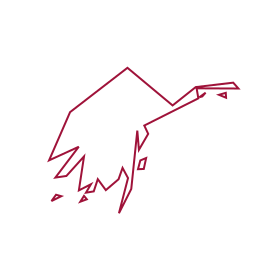 the State of Alaska, rotated 314°
{"feature_id": "USA-3563", "entity_name": "Alaska", "entity_type": "State", "adm_level": 1, "iso_a3": "USA", "parent_name": "United States of America", "parent_adm1": "", "projection": "natural_earth1", "projection_center": [-152.163, 61.314], "detail": "coarse", "context": "isolated", "style": "outline", "palette": "rose", "viewbox_px": 256, "rotation_deg": 314, "n_neighbors": 0, "source": "natural_earth", "source_scale": "10m", "svg_char_len": 742}
<svg xmlns="http://www.w3.org/2000/svg" viewBox="0 0 256 256"><g transform="rotate(314 128 128)"><path d="M170.9,85.8L175.2,144.4L204.5,148.3L233.7,172.2L233.1,180.0L204.2,149.8L198.2,158.0L141.1,138.0L137.8,146.6L119.9,151.0L132.6,136.5L86.4,172.7L60.4,180.7L92.0,162.8L95.5,151.8L84.6,156.8L67.9,155.2L70.2,141.8L58.6,147.4L52.3,142.7L61.8,140.4L49.0,136.0L77.0,116.1L50.7,117.0L41.9,110.2L80.3,105.6L49.9,93.7L99.2,75.3L170.9,85.8ZM119.0,161.9L109.5,167.8L105.3,163.8L113.2,159.4L119.0,161.9ZM221.2,173.9L217.9,177.5L215.1,170.4L221.2,173.9ZM30.0,122.6L32.6,127.4L22.3,123.7L30.0,122.6ZM202.3,159.5L199.8,158.0L207.3,159.3L202.3,159.5ZM48.6,143.5L48.1,147.9L41.9,144.9L48.6,143.5Z" fill="none" stroke="#9f1239" stroke-width="2"/></g></svg>